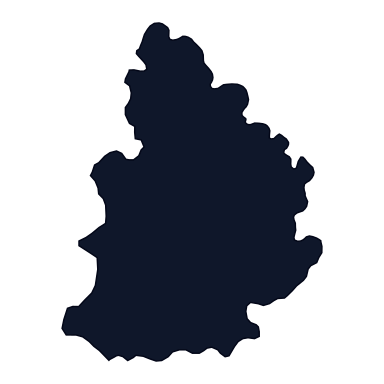 the district of Hlusk, Mogilev, Belarus
{"feature_id": "67162791B26256964844328", "entity_name": "Hlusk", "entity_type": "district", "adm_level": 2, "iso_a3": "BLR", "parent_name": "Belarus", "parent_adm1": "Mogilev", "projection": "orthographic", "projection_center": [28.734, 52.926], "detail": "fine", "context": "isolated", "style": "filled", "palette": "ink", "viewbox_px": 384, "rotation_deg": 0, "n_neighbors": 0, "source": "geoboundaries", "source_scale": "gbopen_adm2", "svg_char_len": 3330}
<svg xmlns="http://www.w3.org/2000/svg" viewBox="0 0 384 384"><path d="M320.8,240.8L319.2,239.6L316.6,238.1L312.8,236.7L309.4,236.0L306.4,236.9L304.6,238.7L302.7,240.1L300.4,241.1L297.6,241.3L294.4,240.0L293.9,237.3L294.8,233.6L295.7,230.2L295.4,227.2L295.3,223.2L294.0,219.9L293.5,217.2L294.3,215.0L296.8,213.0L298.6,212.3L302.7,210.9L304.9,208.8L306.6,206.3L307.6,201.6L306.2,198.4L305.1,195.8L305.1,193.2L304.2,190.3L303.9,187.4L304.5,184.0L306.6,182.3L309.5,180.6L311.9,177.8L313.4,175.1L314.0,172.3L312.7,167.5L309.9,165.0L306.9,161.9L304.8,159.1L302.9,157.2L300.9,157.1L298.3,161.4L297.4,164.6L296.4,168.1L293.8,169.1L291.2,167.0L290.7,164.1L290.8,161.5L290.8,159.1L289.2,156.7L286.8,155.4L284.1,153.5L283.7,152.2L284.4,149.6L286.5,148.3L288.0,145.7L288.5,144.2L288.5,142.4L286.3,139.0L283.7,137.2L281.6,135.4L279.3,134.1L277.5,135.3L275.8,136.8L274.0,138.6L271.0,139.0L269.3,137.9L269.4,134.8L269.8,130.8L269.0,128.3L267.3,126.0L265.6,124.7L262.8,123.8L259.0,123.3L254.7,123.1L250.7,124.6L248.9,124.7L247.3,124.3L246.1,123.4L245.2,122.2L245.9,119.5L245.7,118.6L243.3,116.8L242.0,115.4L241.8,112.6L243.4,109.9L244.7,108.2L246.1,106.8L247.5,104.3L248.5,99.6L247.9,96.7L246.9,92.6L245.9,89.9L244.4,88.1L242.8,86.5L240.0,85.2L237.4,84.3L231.8,84.0L226.6,84.4L223.5,84.8L221.5,86.1L218.1,88.4L214.4,88.9L211.9,88.5L210.4,86.3L210.2,84.1L211.4,82.3L212.5,79.9L212.9,77.5L212.4,74.2L211.1,71.6L208.7,68.5L205.8,65.3L204.0,63.1L203.4,60.7L203.2,54.9L202.5,52.6L201.9,50.7L199.6,47.9L196.3,44.5L193.6,42.0L191.5,39.2L188.1,37.2L185.4,36.4L182.8,36.3L180.9,37.5L178.6,38.8L176.3,39.6L172.7,40.2L169.8,39.3L168.7,36.6L168.8,33.7L168.9,30.3L167.6,27.6L164.7,25.5L162.4,23.9L159.1,23.0L154.3,23.4L150.2,26.0L147.6,29.3L144.5,34.4L143.2,38.4L142.2,41.8L140.7,45.3L139.4,48.9L136.8,50.7L136.4,53.6L138.9,56.5L143.7,61.7L146.0,64.8L146.8,69.2L144.1,71.1L140.4,71.2L134.0,69.9L129.3,70.1L129.0,71.7L125.5,78.8L124.9,82.3L129.6,85.8L131.3,92.9L130.7,98.7L128.4,103.4L125.4,107.5L125.4,114.6L129.5,123.4L134.8,126.4L134.7,132.2L135.3,138.7L141.2,139.9L144.1,147.0L141.2,149.9L138.8,155.8L133.5,159.9L129.4,159.9L125.9,159.3L121.7,153.4L116.5,151.0L110.0,152.7L104.7,156.3L98.8,162.7L94.6,165.0L92.3,172.1L90.5,175.6L95.2,180.9L98.1,188.0L98.7,193.9L103.3,198.6L105.7,205.1L106.2,216.3L105.6,223.4L99.1,227.5L92.0,233.4L86.1,237.5L79.0,241.0L79.0,245.7L90.2,252.9L97.2,257.6L97.8,269.4L95.4,285.4L94.8,286.7L91.8,293.0L84.7,300.1L78.7,306.6L72.8,306.5L67.5,308.3L63.9,319.5L62.1,328.4L66.2,334.9L76.2,335.0L82.7,336.8L89.2,341.5L93.9,346.3L99.3,350.4L103.4,354.6L108.9,360.3L109.6,359.5L114.3,357.0L116.5,355.7L118.6,355.3L122.9,356.6L127.7,360.5L133.3,357.5L135.9,355.3L143.2,356.2L149.7,358.8L156.1,361.0L161.7,360.5L168.2,356.7L172.5,351.9L179.4,349.8L185.9,349.8L192.4,353.2L199.3,353.2L203.6,350.7L207.0,348.1L211.8,347.2L217.8,349.8L220.4,353.2L225.1,356.7L229.0,355.8L232.0,350.7L234.6,346.3L238.1,341.6L242.8,338.6L248.0,337.7L254.5,338.6L259.2,336.4L259.2,331.7L258.3,326.9L256.2,324.8L250.6,322.6L247.1,318.7L245.8,311.4L246.7,305.8L250.5,302.4L258.3,303.7L263.4,305.4L269.5,303.6L273.8,300.6L277.6,298.5L284.5,298.0L287.5,295.4L292.3,290.7L296.5,285.9L303.4,280.3L306.4,276.4L308.1,269.1L310.7,265.7L316.7,262.6L318.8,257.5L321.8,252.7L321.9,246.4L320.8,241.7L320.8,240.8Z" fill="#0f172a" stroke="#020617" stroke-width="1.5"/></svg>